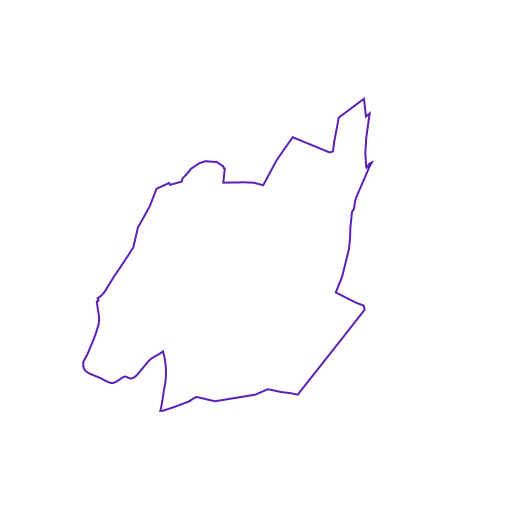 the district of Viesīte, Viesites, Latvia, rotated 304°
{"feature_id": "27541924B78000218360511", "entity_name": "Viesīte", "entity_type": "district", "adm_level": 2, "iso_a3": "LVA", "parent_name": "Latvia", "parent_adm1": "Viesites", "projection": "equal_earth", "projection_center": [25.556, 56.345], "detail": "fine", "context": "isolated", "style": "outline", "palette": "violet", "viewbox_px": 512, "rotation_deg": 304, "n_neighbors": 0, "source": "geoboundaries", "source_scale": "gbopen_adm2", "svg_char_len": 2350}
<svg xmlns="http://www.w3.org/2000/svg" viewBox="0 0 512 512"><g transform="rotate(304 256 256)"><path d="M411.8,283.6L415.3,281.5L423.4,277.5L437.7,270.5L433.1,269.2L436.7,266.1L439.2,264.0L446.7,257.6L440.8,255.5L417.0,247.2L410.4,250.1L394.6,256.9L385.8,261.3L383.0,259.1L375.1,220.6L375.2,220.1L373.1,220.0L360.9,219.7L349.7,219.6L346.8,219.6L339.6,220.3L318.7,222.4L315.5,213.2L312.1,207.7L309.6,203.5L307.1,200.4L305.3,197.6L299.9,189.9L298.5,187.9L311.1,181.2L310.8,180.2L312.0,178.7L312.0,176.0L311.9,170.5L311.2,169.6L309.9,167.4L306.5,161.3L301.5,157.3L298.1,155.9L291.9,153.3L286.1,152.9L279.1,151.7L276.2,152.8L266.9,145.0L267.9,143.1L256.1,135.9L237.9,140.1L213.0,142.3L211.0,143.2L198.9,147.8L194.4,149.6L191.0,149.5L188.3,149.7L172.3,149.8L158.9,149.8L146.2,150.3L142.1,150.5L139.7,150.4L135.6,149.6L132.3,148.3L131.0,150.4L129.2,149.5L127.6,150.9L123.7,154.4L119.9,158.0L118.3,159.4L116.2,161.0L114.1,162.3L113.2,162.8L111.5,163.6L108.5,164.6L105.8,165.4L104.0,166.1L96.5,167.9L92.2,168.8L80.2,171.2L78.0,171.4L74.1,171.7L71.6,172.2L70.6,172.6L69.4,173.6L67.7,174.6L66.2,177.0L65.5,178.3L65.3,179.5L65.3,181.1L65.4,182.6L65.4,183.9L67.8,195.1L67.9,196.1L68.1,198.7L68.5,201.8L69.0,204.8L69.7,206.9L70.6,208.3L72.1,209.5L74.1,210.6L76.8,211.8L80.4,213.2L82.3,214.3L82.9,215.1L83.5,216.5L83.6,218.2L83.8,219.3L84.5,220.8L85.6,221.9L87.1,222.8L88.8,223.4L90.6,223.8L92.6,224.1L94.6,224.3L103.5,225.1L109.8,225.9L111.3,226.3L112.7,226.7L115.4,227.9L120.3,230.5L124.9,232.2L123.3,234.0L120.9,236.7L118.8,238.7L116.6,240.7L114.0,242.9L110.7,245.4L107.4,247.6L104.1,249.6L101.8,250.9L99.5,252.0L93.9,254.4L87.8,257.3L82.5,259.8L78.0,261.8L74.1,263.3L75.6,265.3L84.3,272.1L98.7,282.3L99.0,282.0L100.3,282.7L101.9,283.5L103.5,284.0L104.0,284.3L105.6,285.4L106.0,285.7L106.3,286.6L108.1,291.3L110.8,298.4L112.7,303.3L140.6,332.9L152.0,340.2L153.3,342.9L157.2,352.8L161.2,360.5L162.2,362.9L163.3,365.5L164.5,368.3L168.7,368.4L173.5,368.8L236.2,373.5L255.1,374.9L272.2,376.1L275.1,373.1L273.4,365.9L272.4,358.8L270.4,342.5L286.9,339.0L299.2,334.5L307.7,331.4L313.9,329.1L323.2,324.1L331.9,318.6L346.1,311.0L349.9,310.8L351.9,309.9L355.5,308.1L357.0,307.4L360.6,306.4L366.0,305.3L382.7,302.2L394.0,300.0L398.3,299.8L396.3,298.4L392.9,298.4L391.0,298.1L391.1,297.9L402.4,289.1L411.8,283.6Z" fill="none" stroke="#5b21b6" stroke-width="2"/></g></svg>